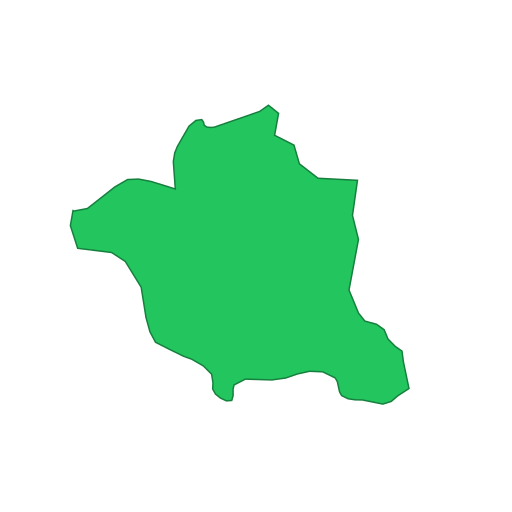 Nebbi, Robinson projection, rotated 109°
{"feature_id": "UGA-3084", "entity_name": "Nebbi", "entity_type": "District", "adm_level": 1, "iso_a3": "UGA", "parent_name": "Uganda", "parent_adm1": "", "projection": "robinson", "projection_center": [31.298, 2.468], "detail": "fine", "context": "isolated", "style": "filled", "palette": "green", "viewbox_px": 512, "rotation_deg": 109, "n_neighbors": 0, "source": "natural_earth", "source_scale": "10m", "svg_char_len": 1112}
<svg xmlns="http://www.w3.org/2000/svg" viewBox="0 0 512 512"><g transform="rotate(109 256 256)"><path d="M185.0,366.4L177.9,366.0L155.0,361.6L147.4,357.0L144.7,351.7L146.4,349.3L149.3,347.5L150.1,344.1L148.9,339.8L147.7,337.3L118.2,299.7L109.4,293.3L113.8,281.1L135.8,277.7L138.8,256.2L154.7,245.0L162.3,222.7L151.4,184.7L186.2,178.0L207.0,164.5L257.9,157.0L276.6,140.5L282.1,131.9L281.3,119.8L284.0,110.8L291.5,104.2L296.1,95.0L298.4,87.0L308.2,82.1L331.5,68.2L341.7,76.2L349.5,80.8L354.7,87.8L357.5,108.7L359.7,115.4L361.0,122.5L360.1,129.6L357.2,132.8L348.3,138.2L345.5,141.4L343.8,155.3L347.6,167.9L354.3,178.8L361.7,188.2L368.0,200.6L375.9,226.0L385.1,234.8L389.5,234.3L395.4,232.2L400.5,231.9L402.6,236.8L401.9,243.4L399.7,249.4L395.8,253.7L390.1,255.3L382.2,259.5L377.1,269.9L374.5,283.2L374.4,291.7L372.4,307.7L370.3,322.9L362.2,331.6L349.9,340.0L322.9,354.4L303.7,377.8L299.7,393.7L306.8,427.1L287.7,441.4L272.6,443.8L272.7,442.6L271.8,441.1L266.0,430.9L236.4,411.8L225.5,402.3L221.5,392.1L219.7,379.6L218.9,354.1L193.7,364.9L185.0,366.4Z" fill="#22c55e" stroke="#15803d" stroke-width="1.5"/></g></svg>